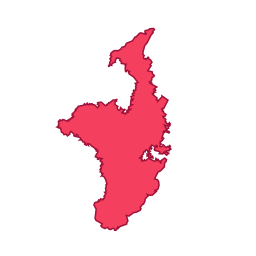 outline of Panchagarh, Rangpur, Bangladesh, rotated 36°
{"feature_id": "16705992B66536058617583", "entity_name": "Panchagarh", "entity_type": "district", "adm_level": 2, "iso_a3": "BGD", "parent_name": "Bangladesh", "parent_adm1": "Rangpur", "projection": "natural_earth1", "projection_center": [88.58, 26.32], "detail": "fine", "context": "isolated", "style": "filled", "palette": "rose", "viewbox_px": 256, "rotation_deg": 36, "n_neighbors": 0, "source": "geoboundaries", "source_scale": "gbopen_adm2", "svg_char_len": 5889}
<svg xmlns="http://www.w3.org/2000/svg" viewBox="0 0 256 256"><g transform="rotate(36 128 128)"><path d="M172.4,221.0L173.7,220.2L174.8,217.9L175.9,217.6L177.3,218.6L178.4,217.9L178.1,214.4L179.0,215.1L179.3,212.6L183.4,206.5L182.6,205.0L182.5,203.2L178.1,199.7L180.5,198.7L182.3,193.2L184.3,191.1L186.2,187.5L186.0,185.7L184.6,185.1L184.6,181.1L185.3,180.5L184.8,177.6L183.5,174.9L184.2,171.4L182.7,170.5L184.4,170.2L187.2,167.9L188.2,162.7L186.6,163.1L186.3,162.5L187.9,161.0L188.1,159.6L186.7,156.0L184.2,153.3L182.2,152.5L179.4,153.6L178.2,145.9L179.5,143.6L180.3,138.1L178.2,134.8L178.5,132.9L177.8,130.9L175.3,130.8L173.8,135.4L175.0,136.1L174.9,137.0L171.0,135.8L171.2,136.8L170.7,137.4L170.2,137.1L170.5,136.3L168.5,136.2L169.5,138.3L169.0,139.3L162.4,140.4L161.6,143.5L161.0,144.3L160.0,144.0L160.0,145.3L158.3,146.6L157.9,144.9L155.0,145.5L155.5,144.1L156.4,144.2L156.5,143.1L156.4,142.6L155.2,142.4L155.8,140.0L154.8,138.7L154.9,137.4L155.8,137.3L155.4,135.0L156.9,134.6L159.9,137.1L160.2,137.9L158.8,138.0L160.0,139.6L160.4,138.6L162.3,139.4L165.9,137.5L164.2,136.4L163.4,136.5L164.2,136.6L163.6,137.3L161.5,137.0L162.2,136.7L161.8,135.5L159.6,135.6L159.1,134.6L159.6,133.7L158.5,133.7L158.0,132.8L158.1,131.7L159.2,131.5L159.1,130.3L157.9,129.7L157.2,130.7L157.2,128.0L160.9,127.1L161.2,125.3L162.4,125.4L162.7,126.3L160.9,127.0L161.6,127.5L161.2,128.5L161.8,129.8L162.6,129.7L162.8,130.4L167.3,128.6L168.3,129.3L168.3,130.4L171.4,128.5L171.2,126.9L175.2,127.3L175.8,124.4L172.0,125.4L172.6,123.8L174.6,122.4L174.2,120.7L174.7,120.9L175.1,119.8L172.7,119.1L173.0,117.9L171.9,117.7L171.8,118.8L172.6,119.5L171.0,119.5L170.1,121.5L166.7,120.8L166.0,123.6L164.7,124.2L164.2,123.6L163.9,122.3L164.5,121.4L163.1,121.6L162.0,119.9L162.8,119.5L163.1,116.8L161.9,116.9L161.3,115.9L162.5,115.3L160.7,114.7L159.8,111.4L160.1,110.1L158.8,110.4L158.7,109.7L159.2,109.1L164.0,108.0L164.1,107.2L163.2,106.7L160.3,107.7L160.4,106.2L159.9,106.3L160.6,104.9L158.0,105.7L157.9,105.0L156.0,104.4L157.6,104.0L157.4,103.4L158.2,103.1L160.3,103.4L160.1,101.8L159.3,101.4L159.9,101.2L159.4,101.0L159.9,99.8L158.5,99.5L158.9,101.3L158.3,100.1L157.9,101.3L155.3,101.5L155.3,100.8L154.1,100.7L153.5,98.7L151.0,98.9L149.4,98.0L151.1,97.1L150.8,94.7L147.9,94.7L147.1,93.9L146.0,94.1L145.9,93.1L144.2,93.1L144.1,92.0L145.4,91.2L144.0,82.0L136.7,82.1L137.2,82.6L136.3,88.9L135.8,88.1L134.3,88.4L133.9,86.7L128.1,86.3L127.6,85.8L128.8,85.7L127.9,84.1L128.7,83.2L127.6,83.4L128.2,81.6L126.6,81.8L127.3,80.9L126.2,80.7L127.2,77.9L119.6,78.9L119.9,78.0L119.1,77.9L120.0,77.5L118.7,77.3L119.2,75.8L117.7,72.9L118.7,71.4L118.4,70.0L116.4,70.0L114.4,68.3L110.4,70.1L110.1,64.0L108.6,63.8L108.8,60.8L106.4,59.7L103.5,59.9L103.3,58.9L102.6,58.9L102.5,61.0L101.6,61.4L102.0,62.0L99.9,62.5L98.7,61.3L98.6,59.9L97.1,59.8L95.6,58.0L93.1,51.6L93.4,48.1L92.0,39.1L92.3,36.2L91.4,36.0L91.5,32.7L90.1,32.5L87.3,34.9L86.8,36.8L84.6,39.2L85.3,40.5L87.3,41.0L87.3,41.7L82.6,43.4L81.6,44.6L81.1,49.2L80.2,50.3L80.4,54.8L77.0,60.3L77.5,64.1L75.6,66.2L75.8,68.4L74.8,71.0L71.5,73.4L70.6,75.3L70.3,77.9L71.1,78.9L71.0,79.7L72.7,79.8L72.7,82.7L74.3,82.9L74.6,85.4L75.9,88.1L75.6,89.1L76.3,89.4L76.8,87.7L78.0,86.9L77.3,86.4L77.7,84.1L79.1,82.1L78.1,81.1L77.7,77.9L80.4,76.8L81.2,76.8L81.5,78.1L84.2,78.5L84.6,79.7L89.0,77.6L89.0,79.2L89.9,79.5L90.3,80.9L91.6,82.6L92.4,82.6L92.6,83.6L93.4,83.6L93.5,81.6L94.9,81.5L95.4,82.3L96.2,81.7L96.3,83.0L97.1,83.6L102.4,83.4L109.2,85.3L107.6,87.7L109.5,88.3L109.6,89.9L110.6,90.3L110.7,91.4L112.0,92.4L111.9,93.5L110.4,93.9L110.4,94.7L112.5,95.9L111.5,96.9L111.4,98.0L113.6,98.4L111.9,100.8L113.0,101.3L113.7,102.8L115.2,101.5L115.4,103.4L114.2,104.0L116.3,107.5L117.8,106.7L116.2,110.6L117.3,112.6L119.1,111.2L118.6,113.7L116.8,114.3L117.1,115.1L118.8,115.4L117.4,116.9L117.6,118.4L115.3,118.1L115.5,118.8L114.4,119.3L113.9,119.0L114.9,115.1L114.4,114.8L113.9,115.8L112.2,116.2L110.0,115.8L110.9,118.5L110.0,119.2L108.8,119.0L107.2,117.7L107.2,116.5L103.7,116.7L102.2,114.5L102.9,112.9L102.2,112.4L102.3,110.8L101.9,112.2L99.4,114.3L98.5,118.0L97.6,118.8L98.0,119.1L97.0,121.4L97.5,121.6L96.7,123.2L91.2,122.8L88.8,125.0L88.6,125.6L89.7,125.7L89.5,126.9L91.6,126.7L91.5,129.5L87.3,128.9L85.2,130.2L84.8,129.5L83.5,130.5L83.5,131.5L82.5,131.2L82.3,132.3L80.9,132.4L81.3,132.8L80.9,133.3L80.5,132.3L79.7,134.3L78.5,134.1L78.5,135.9L74.9,139.8L75.5,141.5L74.8,142.0L74.6,143.7L75.5,144.0L74.9,144.7L75.4,145.1L74.6,149.2L76.1,150.0L75.0,150.1L75.4,150.7L77.4,151.5L77.2,152.5L76.1,152.9L76.5,154.7L75.3,155.3L75.9,156.4L74.9,156.7L75.4,157.9L70.3,159.4L70.3,160.7L68.2,161.4L68.9,162.6L67.8,163.2L68.2,164.2L69.6,165.2L69.9,166.7L70.9,167.2L70.0,169.0L72.7,168.4L73.4,167.7L76.7,170.5L78.2,170.1L80.1,171.0L81.6,169.3L83.6,170.0L84.5,167.2L83.9,166.8L84.0,164.2L87.9,164.7L88.8,166.1L89.7,166.0L91.6,165.2L90.3,164.7L90.2,163.3L92.0,163.3L93.0,164.3L95.7,164.1L96.5,164.9L96.1,165.9L97.5,164.9L99.9,165.8L100.7,165.0L102.0,165.2L102.7,165.4L102.2,166.5L102.8,166.7L104.4,166.4L104.6,165.1L106.2,165.3L105.0,164.1L107.3,163.4L108.7,164.0L113.9,163.7L113.5,164.1L115.2,164.7L116.2,164.1L116.3,165.0L117.2,164.3L118.1,166.5L117.8,167.6L118.5,170.5L120.7,169.8L121.6,171.1L122.5,170.7L122.3,169.4L125.1,167.9L125.1,169.3L124.2,170.2L125.3,171.3L127.2,170.7L127.8,172.8L129.0,172.1L129.1,173.1L128.0,173.5L128.0,175.0L129.6,175.4L129.8,177.7L130.4,177.1L131.3,179.9L132.6,179.3L133.6,180.3L134.5,179.7L134.7,182.4L135.1,181.8L137.4,181.6L140.2,182.8L143.8,185.7L143.6,187.0L145.1,188.6L145.2,189.9L147.9,192.6L146.9,193.7L148.6,194.2L148.8,197.4L149.7,197.4L150.0,200.3L149.6,201.0L149.3,200.5L149.0,201.2L147.5,201.4L147.8,202.8L146.8,203.3L147.8,204.0L146.7,204.7L147.0,206.1L145.7,206.7L145.0,208.4L145.8,210.4L149.9,212.3L154.6,220.6L156.4,221.5L163.5,220.7L163.6,223.1L165.0,223.5L168.5,222.9L168.6,222.0L170.0,220.5L172.4,221.0Z" fill="#f43f5e" stroke="#9f1239" stroke-width="1.5"/></g></svg>